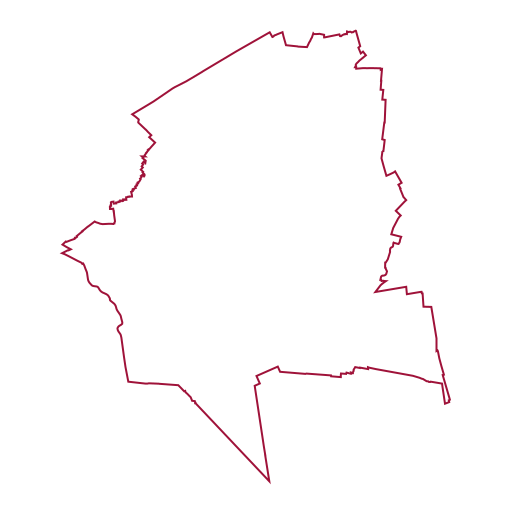 Midden-Groningen, Groningen, Netherlands
{"feature_id": "6326949B36639676585237", "entity_name": "Midden-Groningen", "entity_type": "district", "adm_level": 2, "iso_a3": "NLD", "parent_name": "Netherlands", "parent_adm1": "Groningen", "projection": "orthographic", "projection_center": [6.809, 53.185], "detail": "fine", "context": "isolated", "style": "outline", "palette": "rose", "viewbox_px": 512, "rotation_deg": 0, "n_neighbors": 0, "source": "geoboundaries", "source_scale": "gbopen_adm2", "svg_char_len": 5807}
<svg xmlns="http://www.w3.org/2000/svg" viewBox="0 0 512 512"><path d="M128.3,381.7L145.5,383.6L147.4,383.6L148.9,383.3L158.8,383.7L159.2,383.8L178.3,385.2L184.2,391.3L185.2,390.9L185.5,392.0L185.8,392.5L187.4,393.9L189.6,396.2L190.5,397.0L190.7,397.3L191.6,399.5L192.1,400.8L194.8,401.1L195.1,402.5L195.4,402.4L195.5,402.5L195.3,403.2L195.5,403.2L269.3,481.3L265.2,455.3L265.3,455.3L263.8,446.1L262.8,439.4L254.7,385.8L259.8,383.5L256.5,376.0L277.8,366.6L280.1,371.8L305.5,373.9L306.3,373.6L306.6,373.6L331.0,375.4L331.1,376.3L340.8,377.1L340.8,375.0L341.0,373.5L344.9,373.8L345.3,373.8L346.1,373.9L346.5,372.6L351.1,373.8L351.5,373.7L351.6,373.0L351.4,372.6L352.9,373.0L352.9,372.2L353.5,371.3L353.5,370.6L353.7,370.3L353.6,369.9L353.7,369.5L354.2,368.8L355.0,367.5L355.2,367.1L359.9,368.0L360.0,367.6L368.1,369.1L368.0,367.2L369.3,367.7L375.9,369.1L412.9,375.8L419.6,377.8L421.7,378.7L423.0,379.0L426.6,381.2L428.3,381.4L428.8,381.9L430.3,382.0L430.6,381.9L430.7,381.7L430.9,381.7L442.1,383.6L442.3,385.6L445.0,403.7L449.2,402.1L448.8,400.3L449.8,399.9L449.9,399.7L442.7,375.0L443.9,374.7L441.4,366.1L439.3,358.3L437.9,351.2L437.5,350.4L436.5,351.0L436.5,338.4L431.3,306.9L423.5,306.7L422.6,293.5L422.0,293.5L421.8,293.4L421.7,292.1L421.6,291.8L421.2,291.8L406.9,294.2L406.2,286.8L375.4,292.0L380.5,285.3L381.6,284.3L384.0,282.4L385.9,281.1L384.4,281.0L383.2,280.8L383.4,280.7L383.1,280.7L381.6,281.0L381.1,280.3L381.1,279.8L380.9,279.4L380.7,279.3L380.7,279.2L380.5,279.3L381.1,276.7L381.3,276.4L382.0,275.8L382.6,275.6L383.8,275.6L385.1,275.1L385.5,274.9L386.3,273.8L386.3,273.7L386.9,271.7L387.0,271.3L385.9,269.1L385.6,267.8L385.1,267.7L385.2,262.6L385.7,262.6L387.8,259.3L390.1,251.9L389.9,250.9L390.0,250.4L390.1,249.6L390.3,248.5L390.6,248.1L390.9,247.7L392.6,246.8L392.9,246.4L393.1,245.6L393.4,243.0L393.6,242.6L394.2,242.9L398.3,244.0L398.6,243.9L398.8,243.4L399.4,242.6L399.7,242.0L400.0,240.2L400.3,239.1L401.2,236.8L391.3,234.3L393.2,228.0L398.0,218.8L399.3,216.9L400.7,215.5L395.8,210.8L404.3,201.9L406.2,200.1L403.3,196.8L403.3,196.6L400.1,188.7L400.5,188.4L398.4,184.7L401.6,182.8L395.1,171.4L394.2,172.1L393.6,172.5L389.4,174.5L386.4,175.8L383.7,166.4L381.5,158.3L382.2,153.1L382.3,151.2L382.2,151.2L383.4,151.1L384.7,140.0L382.2,139.3L384.3,122.5L384.7,122.5L385.6,99.8L382.3,99.6L383.3,89.9L380.6,89.7L381.3,80.8L381.0,80.8L382.0,69.1L380.9,69.6L381.0,68.9L380.5,68.8L380.5,68.3L370.9,68.1L367.2,68.2L363.3,68.1L356.2,68.7L356.2,67.2L355.1,67.2L355.5,66.5L355.4,66.5L355.8,65.7L355.8,64.5L356.7,63.3L357.9,62.2L359.4,60.6L365.9,55.3L363.0,51.6L360.8,53.4L358.4,47.6L360.2,46.2L356.2,31.9L356.2,31.7L356.0,30.9L355.9,30.8L355.7,30.7L353.8,31.6L353.1,32.2L352.3,32.2L351.8,32.5L351.0,32.0L350.2,31.7L348.2,32.1L347.6,31.6L347.2,31.8L347.0,31.7L346.9,34.1L345.9,34.0L345.5,34.2L344.6,34.4L344.4,34.4L344.4,34.2L344.0,34.3L342.3,35.2L341.0,36.2L340.0,36.1L339.9,35.9L339.4,34.4L324.6,37.4L324.1,37.4L324.1,34.8L319.3,33.8L318.2,34.0L314.2,34.1L313.7,33.9L313.3,33.4L311.9,37.5L310.9,39.2L310.2,40.9L309.1,42.6L308.6,43.7L307.0,47.1L298.0,46.6L297.6,46.4L286.0,45.2L283.5,36.4L282.5,32.2L277.2,34.3L275.7,35.0L274.4,35.4L273.6,36.3L273.0,36.6L272.8,36.9L272.4,37.0L269.7,32.3L236.6,51.2L203.6,70.9L202.0,71.9L201.7,72.2L201.4,72.3L186.3,81.3L174.9,87.1L172.5,88.5L153.5,101.5L132.2,114.3L135.5,116.7L138.7,119.4L138.8,119.7L138.2,122.0L138.2,122.3L138.4,122.7L145.7,129.6L145.8,129.6L146.2,130.0L148.0,132.0L151.3,135.2L149.2,137.2L155.1,142.6L151.3,146.8L149.7,148.7L148.7,149.6L148.4,149.4L147.9,149.9L148.4,150.3L146.3,152.7L146.5,152.8L144.6,155.3L144.6,155.9L145.2,156.4L141.9,156.4L143.2,157.5L142.6,158.1L145.7,160.7L145.3,163.1L143.6,161.7L142.2,163.5L143.2,164.4L141.7,166.4L142.8,167.5L140.8,169.6L143.1,171.8L142.6,172.4L144.5,174.4L144.6,175.2L144.4,175.9L144.0,176.4L142.4,174.8L140.9,176.0L141.6,176.9L140.8,178.1L140.1,178.6L140.6,179.3L139.2,181.7L137.6,182.5L138.1,183.5L136.6,184.3L137.0,185.3L136.5,185.5L136.6,185.8L135.2,186.5L135.8,188.0L133.3,188.9L133.5,189.1L133.7,189.6L133.0,189.8L133.0,190.0L132.3,190.3L132.7,191.2L132.0,191.7L131.1,191.9L131.9,194.8L132.0,196.5L131.8,196.5L131.8,196.3L129.3,196.8L129.2,196.5L128.1,196.7L128.1,196.8L127.6,196.9L127.5,197.1L126.1,197.3L126.3,199.3L126.1,199.5L126.2,199.8L124.5,199.9L124.5,199.4L123.1,199.4L123.1,200.8L122.8,200.8L122.4,201.1L122.1,201.1L122.0,200.6L120.1,200.5L120.0,201.5L118.7,201.5L118.7,202.1L116.1,202.5L116.2,203.4L113.7,203.6L113.5,201.6L111.5,201.9L110.9,202.3L111.1,205.6L110.4,205.6L110.5,206.7L109.9,206.9L110.0,209.0L111.4,209.0L113.2,208.7L113.8,212.3L113.9,212.2L114.2,215.5L115.0,221.2L114.9,221.8L114.4,222.6L114.4,223.3L114.1,223.3L113.5,224.0L111.2,223.8L108.7,223.8L103.2,224.1L102.5,224.1L100.1,223.7L98.4,223.0L96.1,222.3L95.3,221.9L94.7,221.5L88.0,226.6L87.8,226.6L84.4,229.5L82.1,231.2L82.4,231.5L80.3,233.1L76.7,236.1L77.1,236.6L77.1,236.8L74.8,238.5L74.7,238.4L74.6,238.9L70.5,240.3L66.4,241.9L66.1,241.7L65.8,241.5L62.5,244.6L66.5,247.0L70.8,249.3L68.5,250.4L68.2,250.4L67.8,250.3L62.1,253.2L64.7,254.2L68.9,256.3L77.5,260.8L81.6,262.8L82.3,263.9L83.2,263.5L84.3,265.6L85.5,268.9L86.7,271.8L87.0,272.8L88.0,279.5L88.3,280.6L88.8,281.7L89.6,282.9L91.6,285.1L91.9,285.4L92.6,285.8L93.8,286.1L96.7,286.5L97.5,286.8L98.2,287.4L99.9,290.2L101.1,291.5L102.6,292.5L103.8,293.0L106.2,294.1L107.0,294.6L107.8,295.2L108.4,295.9L109.7,298.1L110.0,299.1L109.9,299.6L110.1,300.3L110.7,300.9L114.3,303.8L115.5,305.5L116.2,307.6L116.4,308.6L116.9,309.8L117.7,311.2L118.7,312.6L119.9,314.4L120.5,315.4L120.8,316.3L121.4,318.9L121.7,320.0L122.3,322.3L122.2,323.8L121.2,324.7L119.2,325.9L118.4,326.6L117.7,327.7L117.5,328.3L117.5,328.8L117.8,330.1L118.5,331.6L119.0,332.2L120.5,334.4L120.8,335.2L121.4,337.8L124.0,356.9L125.5,367.1L128.3,381.7Z" fill="none" stroke="#9f1239" stroke-width="2"/></svg>